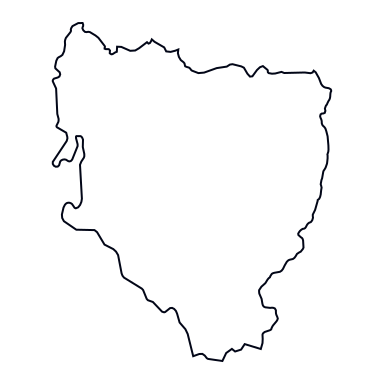 an SVG outline of Huesca
{"feature_id": "ESP-5825", "entity_name": "Huesca", "entity_type": "Autonomous Community", "adm_level": 1, "iso_a3": "ESP", "parent_name": "Spain", "parent_adm1": "", "projection": "equal_earth", "projection_center": [-0.025, 42.135], "detail": "fine", "context": "isolated", "style": "outline", "palette": "ink", "viewbox_px": 384, "rotation_deg": 0, "n_neighbors": 0, "source": "natural_earth", "source_scale": "10m", "svg_char_len": 4193}
<svg xmlns="http://www.w3.org/2000/svg" viewBox="0 0 384 384"><path d="M82.6,23.0L83.2,24.7L83.1,26.2L82.6,27.2L82.4,28.3L83.3,30.3L85.0,31.9L86.6,32.1L88.2,31.8L89.9,32.1L95.5,35.5L98.4,37.8L104.7,46.0L105.0,46.9L104.6,47.9L104.6,48.7L105.7,49.1L108.4,49.1L109.1,49.4L110.0,50.6L109.8,52.0L109.8,53.3L111.3,54.3L112.6,54.1L115.4,52.3L116.8,51.8L117.1,46.7L121.3,46.9L130.2,50.8L135.2,50.5L139.1,48.2L147.0,42.2L148.5,43.6L149.8,43.1L150.9,41.5L151.8,39.4L154.3,41.6L154.7,41.9L164.2,47.4L166.2,51.4L170.6,51.9L175.3,50.7L178.3,49.5L177.9,53.2L178.9,56.9L180.8,60.1L183.5,62.2L184.5,63.4L184.8,64.9L185.2,66.3L186.9,67.0L189.0,67.6L190.2,68.6L190.9,69.7L191.9,70.6L198.4,73.1L204.1,72.6L216.7,68.1L226.8,66.6L229.9,64.6L232.5,64.2L241.3,66.4L243.9,67.7L247.4,73.7L250.0,76.6L252.4,76.3L257.0,70.0L260.0,67.2L262.9,66.1L267.5,69.9L267.8,70.6L267.8,71.5L267.9,72.3L268.7,73.1L272.0,73.7L275.2,73.5L281.5,71.9L284.2,73.0L304.7,72.5L310.5,73.2L312.6,72.5L313.7,70.7L315.7,72.3L318.9,78.0L321.2,84.0L322.5,85.8L324.0,87.0L325.4,87.6L328.8,88.2L330.6,89.2L331.1,90.1L331.2,91.1L330.6,92.4L330.4,93.6L330.2,96.6L330.0,97.9L329.7,98.9L329.3,99.8L328.5,101.0L327.6,102.8L326.8,104.7L326.0,105.5L325.5,106.8L324.9,108.6L325.4,110.9L324.9,112.1L324.9,112.7L324.2,113.1L323.6,113.4L322.9,113.5L321.7,113.6L320.6,114.4L320.1,116.2L320.5,117.7L321.3,119.5L321.7,121.1L321.8,123.4L322.4,125.0L323.1,125.9L323.7,126.4L324.4,127.1L325.4,128.5L326.3,131.2L327.6,136.3L328.4,145.5L328.5,149.6L328.3,151.7L327.4,154.5L327.6,155.5L327.6,158.3L327.2,162.1L327.0,163.6L325.6,167.6L324.4,169.7L323.7,170.6L323.3,171.6L322.1,178.4L321.5,179.9L321.1,182.0L320.7,184.3L321.1,185.5L321.6,187.7L321.2,189.9L320.7,194.5L320.1,196.9L319.2,198.8L317.7,200.0L317.6,201.1L315.1,209.9L312.8,214.6L312.8,216.1L313.0,217.7L312.3,220.1L311.5,221.3L310.8,222.1L309.0,222.8L307.8,223.8L307.0,224.9L305.8,227.2L305.1,228.1L304.0,228.7L302.6,228.9L301.2,229.8L299.9,231.0L298.9,232.4L298.2,233.7L298.4,235.0L300.7,237.1L302.1,238.1L302.7,239.1L303.1,240.5L303.5,247.6L302.8,249.1L301.8,250.3L300.7,251.7L299.4,252.3L297.0,253.9L295.6,256.3L294.4,257.9L292.9,259.0L289.8,259.7L288.5,260.2L287.6,261.0L286.8,261.8L284.7,265.4L283.0,268.9L281.6,270.7L279.9,271.8L274.3,272.8L273.0,273.2L271.9,273.8L271.3,274.6L270.3,276.2L269.9,277.3L268.7,278.2L267.6,279.5L265.4,283.1L261.4,286.7L259.1,290.2L259.1,291.9L259.3,293.6L261.6,298.9L262.4,303.7L262.9,305.4L263.8,306.6L265.2,307.3L270.2,307.9L272.0,307.7L273.6,307.9L274.9,308.5L275.9,310.3L275.9,311.9L276.0,313.6L276.5,315.2L277.2,316.7L277.8,318.6L277.3,320.0L276.5,321.3L273.3,325.1L272.4,326.4L271.8,327.7L271.4,328.5L271.4,328.9L271.1,329.4L270.6,329.9L269.4,330.4L264.6,332.0L262.9,333.5L262.5,334.7L262.7,338.9L262.5,343.1L260.8,349.0L244.7,344.1L241.1,349.6L235.1,351.5L231.9,348.9L226.2,353.0L222.4,361.0L208.0,358.9L206.8,358.2L204.8,355.6L202.4,353.9L199.3,354.0L193.2,356.2L187.7,334.0L185.4,329.2L179.6,322.5L177.1,313.7L175.9,310.9L174.1,308.9L172.1,307.9L170.1,308.1L165.2,312.0L164.1,312.3L162.1,311.7L152.9,302.0L147.9,300.2L146.7,298.9L143.1,290.0L141.8,288.6L124.0,277.6L122.5,275.7L121.6,273.4L118.1,255.1L116.0,251.6L113.3,249.1L104.5,244.6L97.1,232.2L94.5,230.1L76.3,229.7L63.9,221.2L62.2,218.0L61.9,214.6L63.5,207.6L64.9,204.8L65.9,203.7L67.0,203.0L68.3,202.7L69.7,202.8L71.0,203.3L72.1,204.1L74.6,207.8L75.8,208.3L78.2,207.3L80.1,204.9L81.4,201.8L81.9,198.7L80.0,164.8L81.3,161.6L83.8,157.8L84.3,156.3L84.3,154.0L82.8,147.0L83.0,139.6L82.1,137.5L81.2,136.5L80.4,136.1L76.4,136.1L76.0,136.7L76.0,138.1L77.6,144.2L77.6,146.1L72.3,159.3L71.6,160.3L70.7,161.1L69.3,161.4L68.2,161.1L66.0,159.7L64.5,159.4L62.9,159.6L61.3,160.3L60.2,161.5L59.1,165.3L57.7,166.6L55.7,166.7L53.9,165.7L52.8,163.9L52.8,161.9L66.7,141.0L67.4,138.5L67.3,136.9L66.2,132.7L57.0,127.3L56.5,126.6L56.5,125.7L58.4,121.8L58.6,120.3L58.6,118.9L57.3,114.0L56.1,88.5L52.8,81.4L52.8,80.3L53.3,79.4L54.1,78.6L57.8,77.5L59.4,76.5L60.2,74.4L59.7,72.3L55.4,68.4L55.1,66.6L56.3,60.8L57.6,58.1L58.6,57.3L60.7,56.2L62.4,54.9L64.1,51.3L65.1,44.9L64.9,41.5L65.2,39.8L65.9,37.9L70.4,32.2L71.0,30.9L70.8,29.4L71.4,27.8L72.5,26.1L78.2,23.1L82.5,23.0L82.6,23.0Z" fill="none" stroke="#020617" stroke-width="2"/></svg>